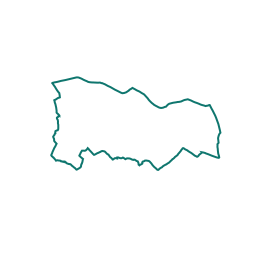 outline of Singida, Singida, United Republic of Tanzania, rotated 315°
{"feature_id": "72390352B6504298719524", "entity_name": "Singida", "entity_type": "district", "adm_level": 2, "iso_a3": "TZA", "parent_name": "United Republic of Tanzania", "parent_adm1": "Singida", "projection": "equal_earth", "projection_center": [34.874, -4.722], "detail": "fine", "context": "isolated", "style": "outline", "palette": "teal", "viewbox_px": 256, "rotation_deg": 315, "n_neighbors": 0, "source": "geoboundaries", "source_scale": "gbopen_adm2", "svg_char_len": 5580}
<svg xmlns="http://www.w3.org/2000/svg" viewBox="0 0 256 256"><g transform="rotate(315 128 128)"><path d="M202.0,169.6L201.7,169.2L200.4,168.7L199.3,167.9L198.4,167.4L197.5,165.6L196.7,164.3L195.9,162.7L195.2,160.8L194.4,159.0L193.5,157.2L192.8,155.5L192.0,153.1L190.6,150.0L187.7,148.1L186.5,147.6L184.3,146.8L182.5,145.6L181.5,144.7L180.4,144.0L177.7,142.0L175.8,140.9L174.3,140.0L172.9,139.7L171.3,139.7L170.0,139.8L168.7,139.0L167.5,138.6L166.1,137.7L165.3,136.9L164.6,135.8L164.2,134.8L163.9,133.7L163.5,132.5L162.8,130.0L162.8,129.1L162.6,127.9L162.5,126.6L162.5,124.2L162.6,122.6L162.9,121.0L163.1,116.7L163.1,115.4L162.4,112.9L161.9,110.4L160.8,107.5L160.3,105.5L159.9,104.2L159.7,103.5L159.5,102.8L157.8,102.5L156.1,102.0L154.8,102.1L154.2,101.9L152.0,101.5L150.0,100.5L148.6,99.4L148.0,98.1L147.4,96.2L146.5,93.5L145.9,91.8L144.5,86.6L143.5,84.0L142.6,80.8L141.8,78.9L141.4,77.9L141.0,77.6L140.4,76.2L138.4,74.3L136.6,72.3L134.2,69.7L132.9,68.0L132.3,66.9L132.0,65.8L131.0,63.4L130.9,63.0L130.7,62.6L130.2,60.8L129.6,59.2L129.1,58.2L128.9,57.6L128.4,56.9L127.7,56.1L127.2,55.7L117.6,49.8L113.9,47.3L112.5,46.5L110.8,45.5L109.0,44.3L108.8,44.1L106.5,42.7L106.2,42.7L106.1,43.7L105.7,45.6L105.5,47.1L104.9,49.4L104.5,51.3L104.2,53.2L104.1,54.7L102.7,56.7L101.7,57.9L101.5,58.2L101.4,58.2L100.7,57.8L99.8,57.3L99.2,57.2L98.5,57.0L97.6,56.9L96.6,56.6L95.9,56.3L95.5,56.2L95.0,57.2L94.2,58.3L93.6,59.7L92.7,61.1L91.7,62.7L89.8,65.2L89.1,65.9L88.4,66.6L88.3,67.4L88.4,68.2L88.4,69.3L88.3,70.7L88.0,71.0L87.9,70.6L87.9,70.4L87.5,70.6L87.3,70.5L86.7,70.5L86.3,70.7L85.6,70.5L85.1,70.4L84.8,70.7L84.4,71.1L84.2,71.8L84.0,72.7L83.4,73.5L82.9,74.1L82.0,74.9L81.6,75.4L81.0,76.4L78.6,78.8L77.7,79.6L76.7,79.9L76.2,79.5L75.4,79.2L74.6,78.9L73.9,79.3L73.5,79.6L73.2,79.9L73.0,80.4L72.7,80.5L72.3,80.4L71.7,80.5L71.0,80.9L70.3,80.9L69.5,81.1L69.0,81.2L68.7,81.6L68.4,82.2L68.2,83.1L67.8,83.7L67.2,84.3L66.6,85.1L66.5,86.1L66.4,88.6L64.6,89.2L63.6,89.6L62.1,89.9L60.2,90.6L59.2,91.0L57.3,91.7L56.9,92.0L56.0,92.4L55.9,92.4L55.1,92.6L54.4,93.1L54.3,93.5L54.3,93.9L54.2,94.1L54.3,94.4L54.3,94.6L54.3,95.5L54.3,95.9L54.4,96.1L54.3,96.4L54.4,96.8L54.3,97.1L54.3,97.6L54.2,98.6L54.2,99.1L54.0,100.2L54.5,100.4L55.2,100.8L55.5,101.3L55.8,101.7L56.1,102.1L56.6,102.7L57.1,103.4L57.0,103.7L57.0,104.0L57.3,104.3L57.3,104.5L57.6,104.7L57.7,105.0L57.8,105.4L57.9,105.5L58.1,105.7L58.3,105.7L58.4,105.8L58.4,106.1L58.6,106.2L58.7,106.3L58.7,106.6L58.8,107.0L59.1,107.0L59.3,107.2L59.5,107.0L59.5,106.9L59.6,107.0L59.6,107.5L59.8,108.6L59.6,109.3L60.1,110.4L60.6,111.5L61.0,111.9L61.4,112.7L61.6,112.8L61.7,113.1L61.8,114.1L61.6,114.7L61.6,114.8L61.8,115.5L61.9,116.8L62.0,118.0L62.2,119.0L62.1,120.0L62.1,120.8L62.3,121.2L63.8,121.6L64.8,121.9L66.1,122.1L66.3,122.2L66.7,122.2L67.4,122.0L67.6,121.9L67.8,121.8L68.6,121.1L69.2,120.8L69.5,120.6L70.1,120.6L70.8,120.2L71.5,119.9L72.7,119.1L73.8,118.3L74.3,118.1L74.2,117.1L74.0,115.2L74.0,113.2L75.0,112.8L75.8,112.6L76.7,112.2L77.7,111.9L78.5,111.7L79.0,111.6L79.4,111.5L80.9,113.0L81.4,113.6L82.1,113.9L82.7,114.0L83.0,114.0L83.7,114.0L84.9,113.9L85.2,113.8L85.2,114.0L85.3,114.1L85.3,115.1L85.1,116.1L85.1,117.5L85.0,120.2L84.9,121.6L85.0,123.0L86.0,123.4L86.5,123.6L87.9,123.9L88.3,124.1L89.2,124.4L89.6,124.7L90.0,124.8L90.6,124.9L91.4,125.3L92.3,125.5L92.5,125.6L92.8,125.6L93.7,126.2L93.9,126.6L94.5,127.3L95.0,128.5L95.0,128.8L94.9,130.9L95.0,132.2L95.4,132.9L95.1,134.3L94.9,135.4L94.8,136.1L94.9,136.7L95.0,137.4L95.0,138.3L94.8,139.4L95.4,139.8L97.0,139.9L97.8,140.4L98.3,141.1L98.8,141.9L99.5,141.2L100.2,141.8L100.7,142.9L101.1,143.7L101.7,144.5L102.3,144.9L103.0,145.2L103.5,145.3L103.9,146.8L104.1,148.2L104.7,148.4L105.5,148.6L106.1,149.0L106.4,149.4L107.1,150.1L107.5,150.6L107.9,151.3L108.2,152.0L108.3,152.7L108.5,153.0L109.1,154.2L109.4,154.3L109.5,154.5L110.0,154.7L110.4,155.4L110.8,157.5L111.3,158.5L110.6,160.2L109.6,161.4L109.7,162.5L110.3,162.5L111.6,163.0L112.9,163.3L113.4,163.0L113.7,162.4L114.1,162.3L114.4,162.2L114.7,162.2L115.8,162.8L116.3,163.0L116.9,163.0L117.6,163.6L117.9,163.9L119.4,166.0L119.6,167.2L119.5,168.5L119.5,169.4L119.3,170.5L119.1,171.6L119.1,171.8L119.0,173.3L119.0,174.2L119.1,175.3L119.2,176.1L119.2,176.9L119.1,177.7L119.4,178.4L119.5,178.8L119.7,179.0L120.1,179.1L121.2,179.1L121.8,179.1L122.5,179.3L123.2,179.4L124.3,179.8L125.5,179.7L126.2,179.9L127.0,180.0L127.5,180.2L127.9,180.3L128.7,180.5L128.9,180.7L130.3,181.0L130.8,181.0L132.0,181.4L132.8,181.5L135.1,181.5L135.9,181.6L136.2,181.6L136.9,181.5L137.6,181.5L138.3,181.8L139.3,181.8L140.0,181.8L140.9,181.7L141.6,181.9L142.0,181.9L142.8,182.0L143.7,182.2L144.4,182.0L145.4,181.8L146.1,181.8L148.4,181.6L149.4,181.5L149.9,181.3L150.6,181.2L151.2,181.2L152.3,181.0L152.7,181.2L153.0,181.6L153.2,182.5L153.2,182.8L153.4,183.8L153.6,184.3L154.0,185.3L154.0,185.5L154.2,186.0L154.2,186.9L154.5,188.0L154.6,188.6L155.0,190.0L155.2,191.1L155.3,191.9L155.6,194.2L155.6,194.4L155.7,194.9L155.8,195.2L156.0,195.5L156.2,196.2L156.3,196.7L156.5,197.2L157.0,197.4L157.3,197.4L157.5,197.5L158.2,197.5L159.0,197.3L159.7,197.3L162.2,197.6L163.3,197.8L163.3,197.7L164.2,199.0L164.4,199.4L164.9,200.3L165.0,200.8L166.3,203.5L167.7,206.9L168.8,209.2L169.9,211.5L170.3,212.1L170.5,212.5L171.1,213.3L171.7,213.3L172.6,212.0L173.7,209.9L175.5,207.6L176.9,206.0L177.8,204.7L179.0,203.6L179.8,202.7L180.8,202.6L181.6,202.5L182.3,201.6L183.2,200.5L184.2,199.2L184.9,198.6L186.8,197.5L188.2,196.9L189.3,196.7L190.0,196.7L191.5,194.4L194.7,189.1L197.5,183.1L198.4,180.9L200.2,175.5L200.8,173.3L202.0,169.6Z" fill="none" stroke="#0f766e" stroke-width="2"/></g></svg>